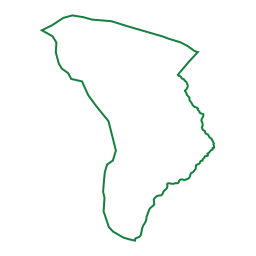 outline of Assoungha, Ouaddaï, Chad
{"feature_id": "50815135B12284790062818", "entity_name": "Assoungha", "entity_type": "district", "adm_level": 2, "iso_a3": "TCD", "parent_name": "Chad", "parent_adm1": "Ouaddaï", "projection": "mercator", "projection_center": [22.07, 13.467], "detail": "fine", "context": "isolated", "style": "outline", "palette": "green", "viewbox_px": 256, "rotation_deg": 0, "n_neighbors": 0, "source": "geoboundaries", "source_scale": "gbopen_adm2", "svg_char_len": 4098}
<svg xmlns="http://www.w3.org/2000/svg" viewBox="0 0 256 256"><path d="M104.8,172.2L104.0,180.7L103.1,191.8L104.5,197.7L103.6,211.4L108.9,227.2L112.9,231.4L112.9,231.5L123.2,237.5L128.7,239.2L135.0,240.6L135.1,240.0L135.1,239.8L135.3,238.7L135.5,238.5L135.9,238.2L136.0,238.1L137.5,237.6L138.3,237.2L138.8,237.0L139.7,236.5L140.6,235.3L140.9,234.6L141.0,234.3L141.0,234.2L141.3,232.6L141.4,232.3L142.1,228.4L143.2,225.7L143.3,225.4L143.4,225.2L144.3,224.0L144.3,223.9L145.8,221.2L145.9,220.9L146.0,220.3L146.4,219.2L146.4,218.5L146.4,218.1L146.5,216.9L146.6,216.7L147.5,214.3L149.1,209.9L149.2,209.7L149.3,209.5L149.9,208.6L150.0,208.3L150.3,208.1L153.7,205.1L153.9,204.9L154.0,204.8L154.3,204.4L154.1,202.8L154.1,202.7L153.9,200.8L153.7,199.7L153.8,199.4L155.3,197.4L156.8,196.1L158.9,195.5L159.3,195.5L160.1,195.4L160.9,195.3L161.2,195.3L161.6,195.0L161.8,194.8L162.8,193.5L163.0,192.7L163.2,192.0L163.3,191.9L163.8,191.2L164.0,190.9L165.8,189.4L166.3,189.0L166.8,188.2L167.2,187.0L167.5,186.0L167.3,184.8L167.3,184.7L167.2,184.1L167.3,183.9L167.6,183.5L169.3,183.2L169.5,183.2L170.4,183.5L170.7,183.6L171.3,183.7L172.9,183.8L173.3,183.7L173.9,183.7L174.0,183.7L175.6,183.1L176.1,183.1L177.2,183.3L177.4,183.3L177.5,183.2L178.4,182.7L178.5,182.6L178.7,182.3L178.7,181.9L178.8,181.8L178.8,181.5L178.8,181.4L178.9,181.1L179.4,180.5L179.9,179.9L180.6,179.5L182.1,179.4L182.5,179.4L184.0,180.1L184.4,180.0L184.6,180.0L188.4,178.6L189.6,177.2L189.8,176.9L190.0,176.3L190.3,174.9L190.6,173.9L190.7,173.7L191.1,173.1L193.1,172.1L195.0,169.7L195.7,168.8L195.8,168.7L195.8,168.1L195.8,167.8L196.0,165.4L196.8,164.7L197.5,164.4L198.8,163.9L199.3,163.6L199.7,163.2L199.8,162.9L200.5,161.2L200.8,160.9L202.5,160.6L202.6,159.5L203.0,159.0L203.8,158.2L204.0,158.1L204.3,157.8L204.3,157.6L204.8,156.5L205.2,156.1L205.3,156.1L206.2,156.1L206.4,156.0L206.5,156.0L207.1,156.0L207.2,155.9L207.6,155.7L207.8,155.6L207.9,155.4L208.0,154.9L207.8,154.5L207.7,154.3L207.4,153.6L208.0,153.3L208.2,153.2L208.6,153.0L209.0,152.8L209.1,152.7L210.1,151.2L211.0,150.3L211.1,150.2L212.1,149.8L212.5,149.6L212.6,149.4L212.7,149.1L212.5,148.6L212.5,148.2L212.7,147.9L213.1,147.8L214.0,147.7L214.2,147.4L213.7,145.3L213.6,144.7L213.5,144.2L213.9,143.8L213.9,143.7L213.8,143.3L212.7,141.1L211.8,139.3L211.7,139.1L211.6,138.9L209.4,137.2L208.9,136.1L208.4,135.3L207.9,134.6L207.6,134.4L206.7,133.9L206.3,133.8L205.8,133.6L205.2,132.7L204.9,131.2L204.7,131.0L203.8,130.5L203.1,130.1L203.0,129.9L202.8,129.6L202.1,128.2L202.0,127.6L201.9,127.4L202.0,127.2L202.0,126.9L202.1,126.7L202.7,125.7L202.6,125.0L202.6,124.4L202.6,123.6L202.5,123.3L202.4,123.0L202.2,122.4L201.9,121.9L201.6,121.2L201.4,120.7L201.5,119.7L201.6,119.3L202.6,117.4L202.7,117.2L202.8,117.0L203.2,116.3L203.2,116.2L203.3,116.0L203.4,115.1L203.3,114.2L203.2,114.1L202.7,113.9L201.7,113.6L200.6,113.3L199.7,112.7L199.6,112.2L199.4,111.4L198.6,110.6L198.0,110.0L197.9,109.9L197.6,109.3L197.7,109.0L197.7,108.5L197.8,108.4L197.6,108.3L196.7,107.7L195.9,107.2L195.0,107.1L193.7,106.3L193.5,106.1L192.6,104.9L191.3,102.6L191.1,102.3L190.2,101.1L189.7,100.5L189.6,100.3L189.5,100.2L189.5,99.5L189.5,99.4L189.4,97.7L188.5,96.6L188.1,96.2L187.3,95.3L186.8,94.8L186.7,94.2L186.6,93.5L185.7,91.9L185.4,91.6L185.0,91.1L185.1,90.4L185.5,90.1L185.9,89.8L186.1,89.6L186.3,89.5L186.9,88.4L187.7,86.9L187.7,85.4L187.7,85.2L187.4,84.4L186.5,82.2L186.4,82.1L185.3,81.1L184.9,80.8L184.6,80.6L184.4,80.3L184.4,80.1L183.8,79.1L183.5,79.0L183.3,79.0L183.1,78.9L182.1,78.6L181.9,78.5L181.5,77.7L181.3,77.4L181.2,77.3L181.1,77.1L180.5,76.5L179.8,76.1L179.5,75.9L179.4,75.9L179.2,75.8L178.8,75.8L178.4,75.7L178.1,75.2L178.0,74.9L177.9,74.8L179.3,73.1L179.5,72.8L181.9,70.0L188.8,61.8L194.8,55.4L196.9,53.1L197.8,52.1L197.4,52.0L194.4,50.9L187.5,46.0L180.7,42.4L168.9,38.8L163.1,36.6L129.0,26.7L111.3,21.2L97.0,20.0L92.0,19.6L83.5,17.2L72.4,15.4L63.3,17.9L52.0,25.3L41.8,30.3L52.6,36.3L56.4,42.6L55.8,52.3L58.8,63.6L61.8,68.6L68.1,73.1L71.2,78.9L82.0,81.4L88.2,95.1L96.1,105.9L108.5,121.2L115.9,150.5L112.9,160.5L107.1,164.5L104.8,172.2Z" fill="none" stroke="#15803d" stroke-width="2"/></svg>